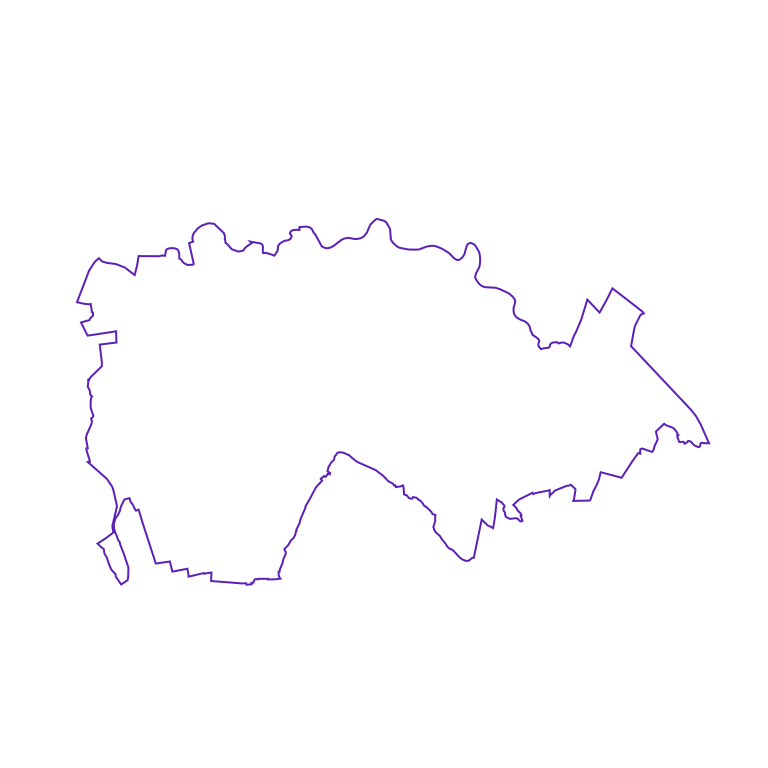 the district of Udesti, Suceava, Romania, rotated 350°
{"feature_id": "2599482B53238071469954", "entity_name": "Udesti", "entity_type": "district", "adm_level": 2, "iso_a3": "ROU", "parent_name": "Romania", "parent_adm1": "Suceava", "projection": "orthographic", "projection_center": [26.408, 47.571], "detail": "fine", "context": "isolated", "style": "outline", "palette": "violet", "viewbox_px": 768, "rotation_deg": 350, "n_neighbors": 0, "source": "geoboundaries", "source_scale": "gbopen_adm2", "svg_char_len": 6103}
<svg xmlns="http://www.w3.org/2000/svg" viewBox="0 0 768 768"><g transform="rotate(350 384 384)"><path d="M533.8,518.6L545.9,516.1L549.5,516.1L550.5,515.6L554.1,520.4L554.2,521.5L551.1,530.4L550.1,532.0L566.2,534.5L567.0,534.1L571.5,526.1L576.2,519.9L579.0,515.5L582.1,508.5L601.7,517.6L614.7,503.7L622.2,496.3L624.4,497.0L624.2,495.8L625.2,492.7L627.2,492.4L636.0,497.4L637.2,496.6L637.7,496.1L640.5,490.7L641.3,490.0L644.0,485.8L643.5,479.1L643.6,478.0L653.0,471.8L654.7,473.6L661.2,477.5L662.0,478.5L664.1,482.4L664.3,483.4L664.0,485.0L665.0,485.5L663.6,486.9L664.7,492.3L668.9,493.0L669.7,495.0L672.8,493.9L673.7,492.8L676.1,493.9L678.7,498.1L682.5,500.7L683.9,500.6L684.8,499.4L685.4,497.4L687.1,497.1L690.0,498.1L693.8,498.8L688.9,478.9L685.6,469.6L681.6,462.3L633.9,389.7L639.5,374.4L641.4,370.2L647.8,361.5L649.2,360.2L652.2,359.6L650.7,357.1L625.6,329.5L617.5,340.3L608.7,351.1L598.9,336.2L589.5,354.7L582.1,366.1L579.5,369.4L573.8,379.3L571.9,376.8L568.3,374.4L565.8,374.0L562.8,374.3L562.1,373.2L561.4,372.8L558.5,372.5L556.8,372.6L554.7,373.7L554.2,374.1L553.7,376.0L552.5,376.8L547.1,376.6L544.6,377.0L542.8,373.5L542.7,372.3L543.3,370.6L544.4,368.7L544.3,367.8L543.7,366.4L542.3,364.7L539.0,361.6L537.6,356.3L537.5,353.4L536.9,351.2L535.8,349.2L533.4,346.6L529.9,344.6L526.7,342.0L525.2,340.0L524.3,337.6L524.2,335.0L524.9,331.4L526.9,327.3L527.6,324.9L527.3,323.0L525.8,320.2L522.9,316.6L514.7,310.8L510.6,308.6L500.4,306.2L497.6,304.7L495.5,302.6L493.4,298.7L492.4,295.8L492.4,293.9L494.1,290.7L498.0,285.6L499.0,283.4L500.1,279.5L500.6,275.8L500.7,271.4L500.1,269.0L497.5,262.6L494.3,260.3L493.1,260.1L490.9,260.7L489.8,261.8L487.9,265.4L485.9,269.9L483.6,272.6L480.7,274.4L478.8,274.8L477.5,274.6L474.7,272.2L471.1,266.7L467.9,263.7L464.7,260.9L458.9,257.3L455.9,256.3L453.1,256.0L449.7,256.1L442.3,257.5L440.7,257.5L431.7,255.9L423.3,252.7L421.4,251.5L420.4,250.4L417.6,246.8L416.3,244.1L415.9,242.7L416.9,232.2L414.2,224.9L412.5,223.4L406.1,220.3L404.8,220.4L403.5,221.0L398.1,224.8L393.6,231.7L391.1,234.1L388.8,235.7L386.1,236.4L383.1,236.5L380.2,236.1L374.1,233.8L370.0,233.9L367.3,234.6L358.7,239.1L355.2,240.3L351.9,240.5L349.6,239.8L346.6,237.6L342.3,224.8L341.2,223.3L339.9,219.1L338.7,217.5L337.9,216.7L334.9,215.5L328.0,214.8L327.5,217.6L324.6,216.9L320.7,216.7L319.0,217.3L317.7,218.7L317.5,219.8L318.6,221.6L318.4,223.2L316.8,225.0L314.2,225.8L311.0,225.7L306.6,227.2L304.0,229.1L302.3,234.3L298.3,238.6L294.6,236.3L290.2,234.3L287.7,234.0L287.7,231.9L288.5,228.6L288.6,226.5L288.0,225.2L286.7,224.1L276.9,220.5L278.1,222.3L273.1,224.5L271.0,225.8L268.4,228.2L264.4,228.4L263.0,228.0L257.4,224.8L254.2,219.4L252.4,217.3L252.6,215.7L252.4,213.4L253.0,210.9L252.6,207.7L244.5,196.7L238.8,195.2L232.1,196.3L227.4,198.6L222.9,202.4L221.6,204.2L220.6,207.2L220.5,208.8L220.8,210.6L216.5,211.4L217.5,232.7L217.1,233.2L213.7,233.1L211.0,232.5L208.0,230.3L206.4,227.8L205.8,226.1L204.3,225.1L204.2,224.4L204.9,221.1L204.9,218.4L204.5,216.6L203.4,215.0L200.2,213.6L195.9,213.1L193.7,213.5L192.7,214.3L190.5,219.7L187.7,218.9L184.6,219.1L164.5,215.4L161.6,224.0L157.4,233.4L149.0,224.3L140.8,219.3L131.9,216.5L127.6,214.3L125.0,210.6L120.5,213.4L113.2,221.2L95.9,250.1L102.2,252.8L107.8,254.4L109.0,254.2L109.0,260.1L108.7,261.9L108.9,262.6L109.6,262.9L109.7,263.7L109.3,266.2L106.1,268.2L105.1,269.9L96.3,270.8L100.5,284.9L129.3,285.6L127.7,296.7L110.9,295.8L109.9,313.9L109.2,317.5L96.7,326.0L94.8,327.8L94.3,328.8L93.8,328.4L93.7,327.4L92.6,332.8L91.7,335.0L92.8,338.1L93.1,339.8L92.9,343.4L94.4,345.5L93.5,346.2L92.3,349.5L91.1,355.4L91.2,358.5L92.3,365.0L90.9,366.5L89.7,366.9L89.5,368.2L90.0,369.6L89.0,372.5L82.6,382.0L81.0,385.4L81.1,395.9L79.7,395.8L79.5,397.3L81.0,409.3L78.8,409.4L94.6,429.3L98.4,437.7L99.0,441.0L99.8,456.1L99.6,458.7L92.1,476.0L91.7,477.2L91.7,483.3L82.3,488.0L74.2,491.4L77.8,496.4L79.3,497.7L79.3,502.9L80.8,506.4L81.9,513.8L83.2,519.2L85.2,522.7L86.6,524.5L86.4,527.2L90.4,535.8L97.4,532.7L98.7,529.0L100.4,520.3L98.3,506.1L96.4,496.8L96.3,493.9L94.9,491.0L94.6,488.0L93.4,483.0L93.1,479.6L93.3,476.8L93.8,474.7L96.2,469.7L99.5,466.5L101.9,463.0L103.6,459.1L107.6,453.5L109.2,452.4L113.6,452.3L113.9,455.7L115.5,458.9L117.3,464.9L117.8,465.7L120.4,465.1L120.7,466.4L122.2,479.2L128.1,521.2L142.3,521.6L143.0,532.0L158.3,531.8L158.4,536.8L158.1,539.8L173.5,538.9L173.7,539.5L181.3,539.7L179.5,548.0L209.0,555.6L213.7,556.4L213.7,557.8L218.7,558.3L219.0,556.7L220.9,557.0L221.7,555.3L223.1,553.8L226.4,554.4L226.5,554.0L235.8,555.7L235.7,556.3L243.5,557.5L248.2,557.7L247.2,555.4L247.1,554.4L247.6,550.5L248.7,550.5L249.4,548.3L252.9,542.8L254.7,538.5L255.9,537.0L257.9,533.7L258.0,532.6L257.4,530.5L257.3,529.2L261.6,526.1L265.3,521.8L268.1,520.0L270.2,517.4L271.9,513.8L272.4,513.5L272.1,512.7L276.5,506.7L278.4,502.5L285.0,492.4L285.6,490.6L289.4,486.3L299.1,473.9L306.3,468.4L305.2,466.4L308.9,464.2L309.6,465.2L310.9,465.0L312.9,462.7L315.0,463.5L315.5,462.2L313.2,460.2L314.9,456.2L318.3,452.2L321.5,450.0L323.0,446.6L324.4,445.6L325.9,443.8L328.0,443.4L331.7,444.4L337.3,448.1L339.9,451.5L344.1,456.1L360.8,467.3L367.2,474.2L371.4,480.5L375.5,483.7L376.2,485.6L377.6,485.7L377.7,487.6L382.7,487.7L385.1,487.2L385.3,489.4L384.6,496.3L387.1,497.6L388.8,500.7L390.9,501.7L391.9,501.8L392.9,500.4L396.4,501.8L398.2,504.3L399.6,505.2L401.7,508.8L402.1,510.5L404.6,512.8L406.6,515.5L408.5,518.3L409.0,520.1L410.4,521.2L411.9,521.9L411.1,524.7L410.7,527.6L408.8,531.6L407.8,533.1L408.2,536.3L409.0,538.7L412.6,543.3L414.2,547.3L416.7,551.6L418.2,555.3L419.4,557.0L422.9,559.5L428.8,568.5L430.8,570.5L433.9,572.4L436.6,572.8L440.8,570.5L442.3,570.7L456.7,534.4L461.6,541.4L464.5,543.2L466.4,544.9L470.0,534.8L475.1,517.3L479.3,521.1L481.5,524.9L481.4,525.9L480.0,526.9L479.8,529.7L480.7,531.2L480.6,534.2L480.9,535.7L481.3,536.3L484.6,538.7L489.9,539.0L492.1,539.6L494.2,542.8L495.7,543.2L496.6,542.8L495.7,537.4L496.6,537.1L495.9,534.9L493.7,531.9L492.9,529.1L490.3,525.5L497.0,521.2L511.5,516.9L511.8,518.3L515.0,517.7L527.5,517.5L528.7,517.2L527.8,523.1L529.1,521.7L530.9,520.8L533.8,518.6Z" fill="none" stroke="#5b21b6" stroke-width="2"/></g></svg>